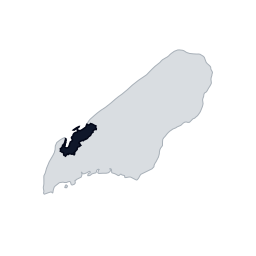 Madagascar, with Analanjirofo highlighted, rotated 214°
{"feature_id": "MDG-5863", "entity_name": "Analanjirofo", "entity_type": "Autonomous Province", "adm_level": 1, "iso_a3": "MDG", "parent_name": "Madagascar", "parent_adm1": "", "projection": "albers", "projection_center": [49.502, -16.347], "detail": "fine", "context": "in_parent", "style": "filled", "palette": "ink", "viewbox_px": 256, "rotation_deg": 214, "n_neighbors": 0, "source": "natural_earth", "source_scale": "10m", "svg_char_len": 6691}
<svg xmlns="http://www.w3.org/2000/svg" viewBox="0 0 256 256"><g transform="rotate(214 128 128)"><path d="M165.2,31.7L165.8,33.3L166.6,34.8L169.1,38.5L170.1,39.9L171.0,41.4L171.4,44.3L173.0,49.0L174.4,55.9L174.9,63.1L175.3,66.3L176.4,69.4L178.3,72.6L178.9,76.2L177.7,79.9L176.1,83.3L175.6,84.0L174.9,84.8L174.5,84.8L173.2,83.9L172.1,82.4L170.8,79.0L170.3,77.3L169.7,77.0L168.1,77.1L167.0,78.2L166.8,78.9L167.0,80.8L167.4,82.6L167.6,84.4L167.7,86.6L168.1,87.3L168.7,87.8L169.4,89.3L169.5,92.8L169.1,94.5L168.0,96.0L168.0,96.8L168.4,97.7L168.0,98.2L166.6,98.9L166.0,99.4L165.2,101.0L163.9,104.1L163.7,105.7L164.5,110.6L164.3,114.0L162.6,120.6L161.7,123.7L160.4,127.5L158.3,132.4L156.3,138.6L154.6,144.9L153.4,148.8L152.0,152.5L150.0,159.2L148.4,165.9L146.0,173.4L142.7,181.6L142.3,182.7L141.6,186.9L140.9,190.6L140.1,194.2L138.2,200.2L138.0,202.0L137.6,203.8L135.8,207.6L135.1,209.0L134.6,210.5L134.3,212.3L133.8,214.1L132.5,217.5L130.5,220.4L129.2,221.4L126.3,222.9L124.9,223.3L121.6,223.4L118.5,224.3L115.3,226.0L112.1,227.9L110.9,228.8L109.6,229.4L105.5,229.6L104.2,229.2L100.0,226.2L98.4,225.7L95.3,225.3L94.4,225.1L93.5,224.7L92.2,223.1L89.7,221.8L89.1,221.4L88.7,220.5L88.4,219.5L87.8,218.3L87.2,216.2L86.4,214.7L84.1,212.0L83.8,211.2L83.5,208.3L83.5,206.4L83.2,202.9L83.4,201.2L84.2,199.7L83.8,198.1L82.9,196.4L82.5,194.6L81.9,193.0L79.4,190.2L78.8,188.8L78.3,187.3L77.3,182.7L77.1,181.1L77.2,177.7L77.5,176.0L78.0,174.7L78.1,173.8L78.5,173.0L79.0,172.4L79.4,171.6L80.2,167.2L81.3,166.2L83.0,165.6L84.3,164.5L85.0,162.9L85.7,159.7L87.8,156.5L88.5,154.8L90.2,152.3L91.6,148.7L92.0,147.1L92.3,145.4L92.6,141.6L92.9,139.8L92.8,137.9L91.8,136.1L89.6,132.7L89.6,132.0L89.7,129.5L89.4,127.7L88.6,125.8L87.6,124.1L86.5,120.9L85.9,115.6L85.9,113.7L85.6,111.9L84.8,110.3L85.3,107.5L91.4,96.9L91.5,95.7L91.2,92.5L91.3,90.7L91.5,90.0L92.0,89.6L93.1,89.4L98.2,88.8L98.9,88.5L100.1,87.6L101.9,85.8L102.7,85.3L103.4,85.5L103.8,86.2L104.4,86.6L106.5,85.8L107.3,85.7L108.1,85.8L108.5,85.1L108.7,84.2L109.0,83.5L109.5,83.1L112.2,82.9L113.9,82.6L116.1,81.9L116.6,82.0L118.5,84.3L119.0,84.5L119.7,84.6L120.3,84.2L118.8,83.0L118.6,82.3L118.7,81.5L119.4,79.7L120.7,78.4L123.6,76.4L126.6,74.1L127.4,73.9L128.2,74.2L128.8,76.9L128.7,77.4L129.2,77.4L129.7,77.1L130.2,76.0L130.2,75.1L129.8,74.2L129.6,73.5L129.6,72.8L131.1,71.2L132.3,69.7L132.8,67.8L133.3,67.0L134.6,66.0L134.9,66.2L135.2,67.0L135.4,67.8L135.1,68.6L134.6,69.4L134.5,70.4L135.2,70.6L135.9,70.4L136.8,68.4L137.9,66.6L138.6,65.7L139.4,65.0L140.8,65.1L142.2,65.5L140.0,63.6L139.4,61.0L142.0,56.4L142.0,55.5L142.4,55.2L142.6,54.8L141.2,53.3L140.9,52.5L141.1,51.3L141.8,50.3L142.3,49.6L143.2,49.3L143.9,49.7L145.4,51.0L146.4,51.1L147.6,49.9L148.5,48.4L150.0,47.4L151.7,46.7L154.3,44.3L155.9,39.3L156.1,37.9L155.7,36.1L155.1,34.4L154.1,32.3L154.3,31.9L155.7,32.1L156.2,31.8L157.7,30.0L160.3,26.4L161.1,26.4L161.8,27.1L162.1,28.1L162.6,28.8L164.3,30.5L165.2,31.7ZM147.6,45.8L147.6,46.3L145.7,46.1L145.4,44.2L146.3,44.2L146.5,43.4L147.1,43.3L147.7,45.0L147.6,45.8ZM170.9,99.0L169.3,101.8L169.7,99.5L171.6,96.2L172.1,95.9L170.9,99.0Z" fill="#d9dde1" stroke="#a8b0b8" stroke-width="1"/><path d="M173.7,84.2L173.4,84.3L172.7,83.6L172.4,83.3L172.3,82.9L172.2,82.1L172.0,81.9L171.8,81.7L171.6,81.5L171.5,81.4L171.4,81.2L171.3,80.9L171.3,80.7L171.3,80.4L171.4,80.2L171.5,80.0L171.5,79.8L171.4,79.6L171.2,79.4L170.9,79.4L170.5,78.8L170.4,78.6L170.5,78.2L170.5,77.9L170.4,77.1L170.5,77.0L170.5,76.9L170.4,76.7L170.1,76.7L169.7,76.9L169.2,76.9L168.2,76.9L167.8,77.1L167.4,77.4L166.6,78.6L166.6,79.0L166.9,79.8L166.9,80.0L166.8,80.6L166.7,80.6L166.8,80.8L167.0,81.0L167.3,81.7L167.5,82.2L167.6,83.0L167.7,83.4L167.9,83.8L168.0,84.0L167.9,84.3L167.8,84.5L167.4,85.3L167.2,85.7L167.2,86.2L167.3,86.7L167.5,87.2L167.9,87.5L168.8,87.9L169.3,88.1L169.6,88.6L169.6,89.1L169.3,90.5L169.3,91.0L169.4,91.6L169.7,91.8L169.8,91.9L169.8,92.1L169.8,92.7L169.7,92.9L169.7,93.0L169.7,93.6L168.9,95.1L168.5,95.6L167.8,96.1L167.8,96.8L167.9,97.1L168.2,97.4L168.5,97.7L168.8,97.9L169.1,97.9L169.5,97.9L169.1,98.1L168.6,98.3L167.8,98.4L167.4,98.6L166.7,98.7L166.4,98.8L166.2,98.9L166.0,99.2L165.0,101.1L164.3,103.0L163.6,104.8L163.5,105.8L163.5,106.1L164.0,106.8L164.2,108.2L162.2,108.4L161.6,109.6L161.6,110.7L159.8,111.3L157.7,111.4L155.7,111.8L155.3,110.5L153.9,109.8L153.5,109.0L154.8,108.1L155.5,106.1L154.6,105.0L155.3,103.3L154.9,100.9L155.8,98.6L155.8,97.3L156.2,95.7L156.9,95.5L157.0,95.5L157.1,95.4L157.1,95.2L156.9,94.9L156.9,94.7L157.0,94.6L157.1,94.4L157.3,94.3L157.4,94.1L157.6,93.7L157.8,93.4L157.8,93.2L157.9,92.8L157.9,92.7L158.0,92.4L158.3,92.4L158.9,92.1L159.2,91.8L159.4,91.5L159.5,91.4L159.5,91.2L160.4,89.4L160.5,89.2L160.5,88.9L160.4,88.7L160.4,88.4L160.4,88.2L160.1,88.1L159.9,88.0L159.4,88.0L158.9,87.9L157.6,87.3L157.5,87.2L157.4,87.2L157.6,86.5L157.8,86.0L157.8,85.9L157.9,85.5L158.0,85.3L158.1,85.2L158.5,84.8L158.7,84.5L158.9,84.1L158.9,83.9L158.9,83.7L158.7,82.8L158.6,82.5L158.5,82.2L158.4,82.1L158.2,81.9L158.2,81.7L158.2,81.4L158.4,80.7L158.6,78.8L158.6,78.7L158.5,78.4L158.5,78.1L158.6,77.9L158.8,77.7L159.0,77.5L159.1,77.4L159.1,77.2L158.9,77.2L158.7,77.2L158.4,77.1L158.2,77.1L157.9,77.0L157.8,76.9L157.7,76.8L157.7,76.7L157.7,76.4L157.6,76.2L157.6,75.8L157.6,75.7L157.9,75.6L158.2,75.6L158.4,75.5L158.5,75.5L158.8,75.5L159.0,75.5L159.4,75.3L159.7,75.2L159.9,75.1L160.0,75.0L160.1,74.9L160.2,74.7L160.3,74.6L160.5,74.6L160.8,74.6L161.0,74.6L161.5,74.3L161.6,74.2L161.8,74.0L162.0,74.0L162.1,73.9L162.4,74.0L162.5,74.0L162.7,73.9L162.8,73.8L162.8,73.6L162.9,73.4L162.8,73.2L162.7,73.1L162.7,72.9L162.7,72.7L162.8,72.5L163.2,72.6L163.3,72.7L163.5,72.7L163.8,72.5L163.9,72.4L164.0,72.1L164.0,71.9L163.9,71.7L163.9,71.4L164.0,71.0L164.0,70.9L164.1,70.6L164.0,70.2L164.0,69.9L164.1,69.7L164.2,69.8L164.3,69.8L164.6,70.0L164.8,70.1L165.0,70.1L165.4,69.6L165.5,69.6L165.8,69.5L166.7,70.2L167.0,70.6L167.1,70.8L167.5,71.3L167.8,71.5L169.0,71.0L169.3,71.0L169.5,71.0L170.2,71.1L170.3,71.1L170.6,71.0L170.9,70.9L170.9,71.0L171.0,71.0L171.5,71.7L172.4,73.0L172.5,73.1L172.4,73.2L172.4,73.3L171.9,73.5L171.7,73.7L171.6,73.8L171.7,74.1L172.0,74.4L172.1,74.6L172.2,74.8L172.0,75.2L171.9,75.6L171.9,75.8L171.9,76.0L172.0,76.1L172.5,76.9L172.6,77.1L172.5,77.3L172.3,78.0L172.2,78.2L172.3,78.5L172.2,78.6L172.1,79.2L172.1,79.3L172.3,80.0L172.5,80.6L172.6,81.1L172.6,81.3L172.7,81.5L172.8,81.7L172.9,81.9L173.0,82.0L173.0,82.4L173.6,84.1L173.7,84.2ZM171.2,97.2L171.2,96.7L171.3,96.5L171.4,96.3L171.6,96.1L172.2,95.8L172.1,96.2L171.6,97.3L171.2,98.4L170.5,100.0L170.0,100.7L169.6,101.6L169.3,101.9L169.2,101.5L169.2,101.1L169.6,100.4L169.6,100.1L169.7,99.5L169.7,99.3L169.9,99.1L170.2,98.7L171.2,97.2Z" fill="#0f172a" stroke="#020617" stroke-width="1.5"/></g></svg>